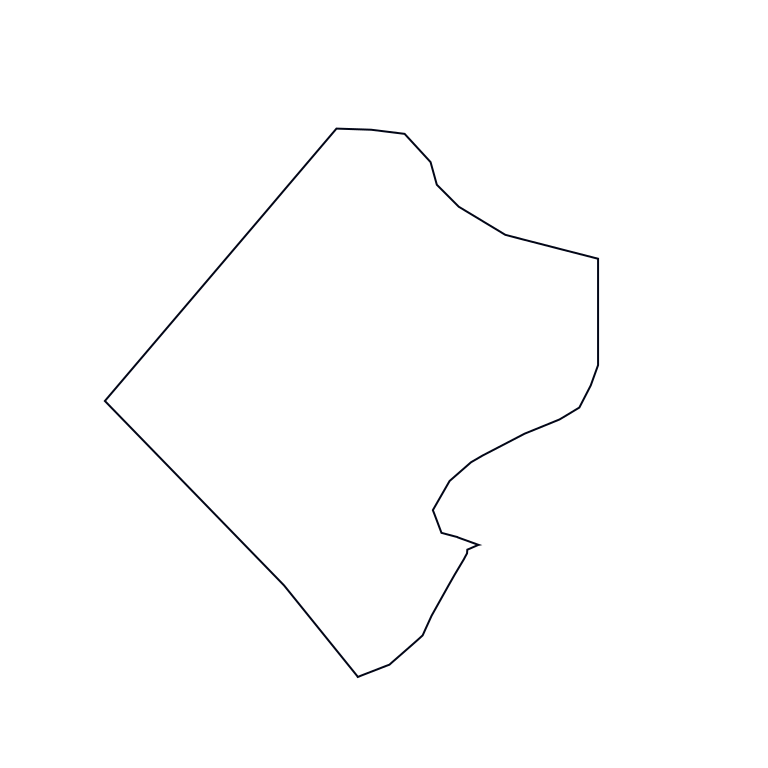 Gereida, Southern Darfur, Sudan, rotated 59°
{"feature_id": "16777658B8719376045507", "entity_name": "Gereida", "entity_type": "district", "adm_level": 2, "iso_a3": "SDN", "parent_name": "Sudan", "parent_adm1": "Southern Darfur", "projection": "equal_earth", "projection_center": [25.542, 11.151], "detail": "fine", "context": "isolated", "style": "outline", "palette": "ink", "viewbox_px": 768, "rotation_deg": 59, "n_neighbors": 0, "source": "geoboundaries", "source_scale": "gbopen_adm2", "svg_char_len": 873}
<svg xmlns="http://www.w3.org/2000/svg" viewBox="0 0 768 768"><g transform="rotate(59 384 384)"><path d="M569.6,392.9L570.5,386.1L570.6,385.8L569.9,386.4L569.3,386.9L555.4,398.2L553.4,399.8L553.0,399.9L551.3,401.6L550.9,402.0L541.2,411.4L521.5,407.8L517.3,407.1L500.9,377.7L495.9,349.7L496.1,336.3L499.0,289.1L504.8,251.8L504.8,228.7L491.7,207.5L478.1,190.8L386.9,136.0L359.2,163.3L331.4,190.7L318.6,203.2L270.6,228.6L240.4,236.1L217.8,229.8L180.2,237.5L159.4,264.1L140.6,293.2L165.6,367.4L173.5,390.6L254.8,632.0L505.2,573.4L620.3,557.4L621.6,557.4L622.4,552.5L622.8,550.2L626.7,527.6L627.4,523.9L626.7,520.3L623.6,502.9L620.8,487.5L619.4,480.4L618.6,479.2L615.6,474.9L607.1,462.5L592.0,436.1L589.7,432.1L589.6,431.9L583.7,421.4L575.3,405.7L574.0,403.6L572.2,400.5L572.0,400.1L568.9,397.9L569.4,394.7L569.6,392.9Z" fill="none" stroke="#020617" stroke-width="2"/></g></svg>